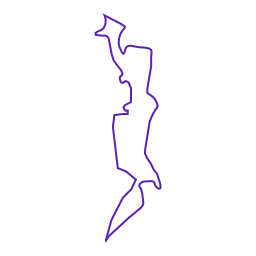 Quneitra, Albers equal-area conic projection
{"feature_id": "SYR-145", "entity_name": "Quneitra", "entity_type": "Province", "adm_level": 1, "iso_a3": "SYR", "parent_name": "Syria", "parent_adm1": "", "projection": "albers", "projection_center": [35.916, 33.079], "detail": "fine", "context": "isolated", "style": "outline", "palette": "violet", "viewbox_px": 256, "rotation_deg": 0, "n_neighbors": 0, "source": "natural_earth", "source_scale": "10m", "svg_char_len": 1878}
<svg xmlns="http://www.w3.org/2000/svg" viewBox="0 0 256 256"><path d="M106.0,240.6L105.9,240.3L111.4,220.1L122.9,197.7L131.4,189.1L135.9,179.6L125.9,171.4L117.8,168.1L112.9,127.0L114.4,115.1L122.9,114.0L127.7,114.0L127.7,110.7L125.6,110.7L124.1,108.9L123.5,107.1L124.7,105.3L126.8,104.2L129.0,103.1L130.8,102.1L131.0,100.3L131.0,95.6L131.0,88.0L129.6,85.4L129.0,82.9L126.8,81.5L125.3,81.1L122.9,82.9L122.0,82.9L120.8,81.9L119.9,79.3L119.9,77.1L122.3,74.7L122.3,72.8L121.1,70.3L116.9,64.9L113.6,60.2L111.8,54.8L109.0,40.3L108.7,38.5L107.8,37.1L105.7,35.6L101.8,35.6L98.2,35.2L95.8,34.9L95.5,33.1L96.4,32.4L98.2,31.3L100.9,30.2L103.6,28.1L105.4,24.1L105.7,19.8L104.8,15.8L104.6,15.4L120.8,23.8L124.8,26.5L124.8,27.3L124.5,28.1L122.6,30.4L120.9,33.0L120.6,33.7L120.0,35.0L119.3,37.6L118.8,40.4L118.7,42.3L118.8,44.3L119.0,45.2L119.4,46.7L121.8,52.3L122.8,53.4L123.6,53.7L124.0,53.1L124.4,52.4L124.9,50.9L125.5,49.0L125.5,48.9L125.7,48.3L126.0,47.7L126.5,47.1L127.0,46.6L128.5,46.0L129.4,45.8L130.4,45.7L139.3,47.3L143.8,47.5L148.7,48.3L150.3,49.2L151.2,50.0L151.4,50.9L151.5,51.8L151.5,53.9L151.1,57.7L151.2,64.7L151.1,66.9L150.5,69.9L147.5,87.7L147.2,92.4L147.6,93.1L153.1,97.1L154.0,98.1L155.2,99.7L157.0,103.2L157.5,105.1L157.6,106.3L152.8,114.2L150.2,120.2L149.8,120.8L145.1,149.8L144.9,153.3L146.8,157.7L151.3,164.4L151.3,164.6L153.5,169.1L155.2,171.6L156.7,173.3L157.4,174.9L160.0,183.1L160.5,185.7L160.5,187.5L160.2,188.2L159.7,188.7L159.0,188.7L158.3,188.5L157.6,188.1L157.0,187.7L156.4,187.2L156.0,186.6L155.5,185.9L155.2,185.2L154.7,183.6L154.5,182.8L154.1,182.2L153.5,181.7L152.7,181.4L150.8,181.1L144.0,181.5L142.8,181.8L141.5,182.5L139.9,183.9L139.4,185.0L139.3,186.1L139.6,186.8L140.0,187.5L140.9,188.7L141.5,190.4L142.2,193.1L143.3,202.2L143.1,204.3L142.9,205.0L140.9,207.8L129.3,217.3L108.7,236.3L106.0,240.6Z" fill="none" stroke="#5b21b6" stroke-width="2"/></svg>